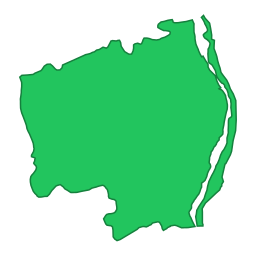 Markz Abu Qurqas, Al Minya, Egypt (Mercator projection)
{"feature_id": "37247803B9734537557155", "entity_name": "Markz Abu Qurqas", "entity_type": "district", "adm_level": 2, "iso_a3": "EGY", "parent_name": "Egypt", "parent_adm1": "Al Minya", "projection": "mercator", "projection_center": [30.805, 27.941], "detail": "fine", "context": "isolated", "style": "filled", "palette": "green", "viewbox_px": 256, "rotation_deg": 0, "n_neighbors": 0, "source": "geoboundaries", "source_scale": "gbopen_adm2", "svg_char_len": 5795}
<svg xmlns="http://www.w3.org/2000/svg" viewBox="0 0 256 256"><path d="M192.3,19.9L186.2,21.5L181.9,22.1L178.2,22.7L174.8,22.8L173.3,22.3L172.8,21.2L172.8,20.7L172.2,19.6L167.9,20.3L164.2,21.4L161.0,22.0L158.3,24.3L157.8,25.9L157.9,27.5L160.6,29.1L163.8,30.6L165.5,30.6L168.7,31.1L169.8,31.6L170.3,32.7L169.8,34.3L168.2,35.4L165.1,37.1L161.3,38.3L159.7,39.4L156.5,40.0L152.2,39.6L149.5,38.6L147.7,38.2L146.8,38.1L144.1,38.1L143.1,39.8L142.6,41.4L141.6,43.6L140.5,44.2L138.9,43.7L137.8,43.2L135.1,43.8L134.2,44.4L133.6,44.9L133.6,46.5L133.6,48.1L133.1,50.9L131.6,54.1L128.9,54.2L124.6,51.6L121.2,46.3L120.6,42.5L119.5,40.3L117.9,40.4L116.3,41.0L112.5,40.6L110.9,41.1L110.4,42.2L109.5,43.9L107.8,47.1L106.2,48.2L105.5,47.9L104.9,47.7L103.0,47.2L99.3,49.5L96.6,50.1L94.5,51.8L92.4,52.4L90.3,53.5L88.1,54.1L85.4,54.7L84.1,55.4L83.6,55.6L68.7,62.3L62.6,65.0L62.3,66.5L62.1,67.7L60.0,69.9L58.4,70.0L56.8,70.0L55.3,69.0L52.4,65.8L52.1,65.6L50.3,64.1L48.2,64.2L47.0,64.3L44.3,66.1L41.8,69.8L40.9,70.7L38.0,71.9L37.3,72.2L34.7,73.3L33.3,74.4L28.5,74.9L27.4,75.0L24.2,75.2L21.9,75.3L19.8,77.1L21.6,82.2L21.7,83.9L21.7,86.6L21.3,90.4L21.3,91.9L21.3,92.5L20.9,95.8L20.4,99.0L20.5,101.2L20.5,103.9L20.6,108.2L21.2,110.9L21.8,113.1L23.5,117.4L25.3,122.2L26.4,125.4L27.0,128.7L28.3,131.7L29.5,133.9L31.9,139.6L33.2,143.1L33.6,145.6L33.7,147.1L34.1,148.6L33.5,151.6L32.3,153.8L31.5,155.2L31.5,156.7L34.8,157.8L35.2,158.3L34.9,159.3L34.7,159.9L34.7,160.9L34.2,162.0L33.7,163.1L34.3,164.2L35.4,165.3L35.9,165.8L36.5,167.4L36.0,169.6L35.0,171.2L33.4,173.4L31.8,175.1L30.8,176.7L30.3,179.4L30.4,182.1L31.0,185.4L32.2,188.6L33.3,191.3L34.9,193.4L36.6,195.0L37.2,196.1L38.8,197.1L41.5,197.0L44.7,196.4L46.8,196.4L47.3,196.3L49.5,194.1L50.0,193.3L50.5,192.5L52.0,190.3L53.1,189.2L54.8,187.3L56.2,185.9L57.8,185.3L60.0,184.7L60.5,184.7L61.4,185.5L63.2,186.8L64.9,188.9L67.6,190.4L70.3,192.2L70.9,192.5L73.0,192.5L76.8,192.4L79.4,191.8L82.1,191.2L85.3,190.6L89.0,189.9L91.2,188.6L91.7,188.2L92.9,187.9L93.8,187.6L96.0,187.1L97.6,186.5L99.7,185.9L102.4,185.3L102.9,185.3L104.0,185.8L104.7,186.4L105.1,186.8L106.2,188.4L107.3,189.5L107.9,191.6L108.5,194.3L108.5,196.5L109.1,198.1L111.8,199.1L114.5,199.6L115.0,200.1L116.1,201.2L116.2,203.3L116.8,207.1L116.8,209.3L115.3,212.0L114.5,212.5L113.7,213.1L111.0,213.7L108.9,213.8L106.8,214.4L105.7,215.5L105.4,216.0L104.7,217.1L103.6,218.8L104.2,220.4L105.4,223.1L105.9,224.1L107.0,225.2L110.2,225.7L110.8,225.6L112.4,226.7L113.0,229.9L113.1,233.7L113.2,236.9L114.8,239.1L115.5,239.5L117.0,240.6L120.2,239.5L125.5,236.3L137.1,229.4L138.5,228.0L138.7,227.7L142.3,226.6L143.6,226.5L144.0,226.5L146.3,226.9L148.0,226.2L149.2,225.4L150.2,225.0L151.0,224.7L152.5,223.0L155.2,222.4L157.9,221.8L159.5,222.3L161.7,226.1L162.3,228.8L163.4,230.4L165.5,229.2L166.6,228.7L167.7,227.5L170.3,226.4L170.3,225.9L174.6,225.2L175.5,225.4L176.7,225.7L181.6,227.8L183.2,227.7L188.0,227.6L195.0,226.5L193.1,222.8L192.1,220.7L190.8,217.5L189.9,216.1L188.9,212.7L189.4,211.2L190.6,209.6L191.5,208.0L191.5,204.9L192.5,202.9L193.6,201.5L194.2,200.1L195.2,199.0L196.1,197.7L197.2,196.0L198.7,194.2L199.8,191.9L200.8,188.7L201.6,187.2L201.6,183.1L203.3,181.9L205.0,180.4L206.7,176.7L207.6,173.1L208.8,170.4L209.8,168.8L210.7,166.9L210.5,165.2L210.1,164.1L209.2,162.9L209.2,161.7L209.5,159.6L209.6,157.3L210.8,154.3L211.2,151.7L212.0,151.0L212.8,149.7L213.5,148.1L214.3,146.6L215.2,146.0L216.4,144.1L216.7,142.8L217.8,141.3L219.1,140.0L219.2,137.7L220.5,136.5L221.8,135.3L222.8,134.1L223.0,131.5L222.8,129.8L223.8,125.0L224.2,122.1L224.8,119.1L225.6,115.3L226.3,112.1L227.2,109.2L227.4,106.8L227.4,104.8L227.0,102.8L226.8,101.2L226.0,98.3L225.5,95.5L224.4,93.5L222.7,91.0L221.5,89.8L220.6,89.6L219.4,89.1L219.0,88.8L220.8,87.8L218.8,85.1L216.9,81.0L215.3,75.8L209.7,70.2L208.1,67.2L208.0,64.1L205.6,60.7L203.0,56.1L201.8,56.9L201.5,56.6L199.8,53.5L198.5,50.5L198.3,49.6L197.4,47.6L196.4,45.3L195.8,43.7L195.5,41.8L195.2,40.2L195.0,38.7L195.0,36.7L194.7,34.9L194.3,33.3L194.0,32.2L193.9,26.1L194.0,23.8L193.0,21.6L192.3,19.9ZM197.2,226.1L200.3,226.0L202.9,226.0L203.0,224.7L202.6,223.7L202.4,222.6L202.4,212.2L202.2,208.6L205.4,203.1L210.4,198.5L216.2,193.0L219.7,189.9L220.7,187.1L221.7,186.2L221.8,184.1L223.4,181.7L222.8,179.6L222.0,177.1L225.0,164.1L225.8,163.6L230.4,154.7L231.6,151.2L233.1,140.7L235.6,130.7L235.8,127.2L236.2,120.0L235.8,100.5L233.3,94.0L230.3,88.8L228.7,84.2L226.7,80.1L223.2,75.5L221.0,72.4L220.0,68.0L218.8,64.6L217.7,60.8L216.9,56.9L216.2,54.6L214.0,48.5L214.1,45.5L214.4,40.3L211.6,39.2L211.7,35.1L210.6,28.3L209.6,23.2L205.1,18.2L203.5,15.4L201.4,17.4L202.6,19.0L204.2,21.8L204.9,23.9L206.1,26.0L207.4,29.0L207.5,30.6L206.7,31.9L204.8,33.2L203.4,34.6L203.4,35.7L204.4,37.6L205.1,38.3L207.2,39.7L207.3,39.8L207.3,39.7L208.6,40.8L209.5,42.2L210.1,43.6L209.7,45.3L209.5,46.1L209.2,47.3L208.1,49.1L208.1,50.0L208.1,51.5L208.0,52.4L208.1,52.8L207.9,53.6L208.1,56.7L208.4,60.6L208.6,61.9L209.0,62.5L209.8,63.3L210.7,63.9L211.8,64.8L212.2,65.1L213.0,66.5L213.9,68.1L214.6,69.3L215.4,70.7L215.6,71.6L216.0,73.2L216.4,75.2L216.6,76.0L217.1,77.1L218.4,79.1L219.3,80.3L220.2,81.4L221.8,83.1L223.3,83.7L224.6,85.3L224.7,86.8L225.5,87.9L226.9,89.6L227.6,91.6L228.1,93.0L228.4,95.3L229.0,96.9L230.6,99.3L230.8,101.7L231.1,103.7L230.9,107.7L231.2,109.6L231.6,113.3L231.8,115.8L231.3,116.9L229.0,118.5L228.5,120.1L228.4,122.1L228.4,125.6L228.2,129.9L228.3,132.9L227.0,138.0L227.0,142.9L225.9,145.8L223.9,149.6L222.3,151.6L220.6,155.1L219.2,159.5L217.6,163.3L216.0,165.8L215.7,166.9L215.6,167.6L215.2,168.8L213.5,172.4L211.7,175.6L208.9,181.5L207.8,185.6L207.6,186.3L206.9,190.4L205.9,192.9L205.1,195.3L204.1,198.6L201.4,202.7L198.5,207.1L197.9,208.4L196.8,210.2L196.3,214.3L195.7,216.6L196.5,221.7L197.0,224.6L197.0,224.9L197.2,226.1Z" fill="#22c55e" stroke="#15803d" stroke-width="1.5"/></svg>